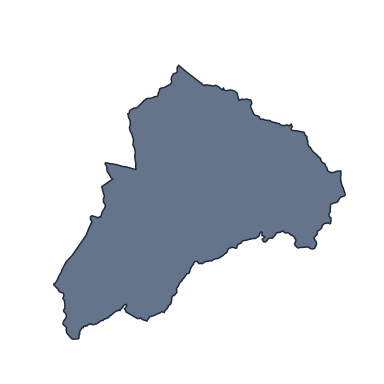 La Mesa, Cundinamarca, Colombia, rotated 171°
{"feature_id": "7082276B41572660322682", "entity_name": "La Mesa", "entity_type": "district", "adm_level": 2, "iso_a3": "COL", "parent_name": "Colombia", "parent_adm1": "Cundinamarca", "projection": "mercator", "projection_center": [-74.467, 4.646], "detail": "fine", "context": "isolated", "style": "filled", "palette": "slate", "viewbox_px": 384, "rotation_deg": 171, "n_neighbors": 0, "source": "geoboundaries", "source_scale": "gbopen_adm2", "svg_char_len": 5944}
<svg xmlns="http://www.w3.org/2000/svg" viewBox="0 0 384 384"><g transform="rotate(171 192 192)"><path d="M336.6,96.3L337.4,95.0L337.4,94.0L336.2,92.3L335.3,90.4L335.5,89.2L335.9,88.0L336.6,86.9L338.2,85.4L339.9,82.7L339.9,81.2L337.0,77.6L337.8,76.0L337.8,72.6L334.8,67.3L333.6,65.8L332.4,65.2L327.3,64.8L326.4,65.5L326.1,68.2L325.1,69.1L325.0,70.0L325.3,70.7L323.4,73.5L322.0,74.6L321.6,75.4L320.6,75.1L320.2,76.0L318.7,76.6L318.3,76.6L318.0,76.1L317.3,76.6L316.4,76.2L316.0,76.7L314.6,77.6L313.6,77.2L313.1,77.6L312.6,77.6L311.5,76.7L310.3,76.4L308.0,76.5L306.3,76.9L303.8,78.1L302.1,79.2L300.0,79.1L298.8,80.0L294.7,80.8L293.8,81.3L292.5,82.6L290.9,83.1L288.6,84.7L285.5,86.2L282.8,86.5L282.8,86.9L282.5,86.9L282.4,86.5L281.5,86.2L281.0,87.7L280.2,87.8L279.6,88.5L278.6,88.7L278.4,89.6L277.6,90.1L276.8,91.0L274.8,91.4L274.3,90.9L274.2,90.0L275.7,88.1L277.1,87.1L276.1,85.7L276.0,84.1L275.7,83.9L275.7,83.7L266.0,75.8L265.5,75.5L264.9,75.6L264.2,75.2L263.1,75.3L262.2,75.6L261.3,74.0L256.8,71.6L253.9,74.7L252.8,75.5L251.5,75.8L249.4,75.7L244.7,77.3L243.2,77.3L240.8,78.4L240.2,78.4L238.3,77.3L237.8,78.2L236.3,79.8L234.9,80.6L233.9,81.7L233.1,83.3L230.3,84.9L228.0,91.6L227.4,92.4L227.1,92.7L225.9,92.5L225.3,92.8L224.1,94.2L223.0,94.7L222.7,95.1L222.5,96.4L222.7,97.5L222.5,97.8L222.3,99.4L220.4,100.9L218.6,104.0L215.9,105.9L215.2,106.9L212.2,109.5L210.2,111.9L207.8,112.2L207.3,112.5L205.6,116.4L204.8,117.1L204.1,118.3L202.9,119.7L202.0,120.3L201.4,121.2L201.1,122.3L199.4,122.8L198.0,122.8L196.3,120.2L195.3,120.0L194.6,120.2L193.3,119.6L192.1,120.0L191.0,120.7L190.2,120.8L189.3,121.2L187.4,121.1L184.8,121.4L183.9,120.8L183.2,120.9L181.3,121.9L179.4,122.3L178.4,122.2L176.1,122.4L171.3,124.4L168.9,126.1L167.8,126.3L167.0,127.0L165.2,130.0L164.0,130.6L163.5,130.5L161.5,131.2L161.0,131.1L159.8,130.7L157.3,129.5L156.7,129.7L156.1,130.9L155.8,132.1L155.1,132.7L153.7,133.5L151.8,133.7L149.8,135.7L148.6,135.9L147.1,135.8L145.1,136.0L142.4,136.4L141.9,136.2L141.2,136.4L138.4,136.5L137.3,136.1L135.8,136.5L134.1,137.5L133.4,137.5L132.6,138.3L131.5,140.3L130.3,141.7L130.0,141.8L129.1,141.0L129.0,140.4L129.8,138.6L129.8,138.2L127.5,136.9L127.3,136.5L127.8,135.7L130.1,134.2L129.2,131.8L128.2,131.3L127.4,131.2L126.7,131.5L125.5,132.3L124.5,133.5L123.0,134.2L121.7,134.3L120.0,133.7L117.2,135.8L114.9,138.5L111.2,138.4L110.6,138.8L109.8,138.7L108.7,139.3L108.2,139.2L106.7,137.2L105.2,136.8L103.7,136.9L102.4,135.8L101.5,134.3L101.0,133.9L100.0,133.7L98.3,131.9L97.0,128.5L97.1,127.5L97.8,125.8L98.5,125.5L98.7,125.1L98.7,123.9L98.5,123.1L96.9,120.9L96.0,120.1L93.2,120.3L91.8,120.0L86.0,119.6L83.7,117.4L81.3,116.8L79.9,117.0L77.4,120.4L77.0,121.7L77.3,123.8L78.6,126.6L78.5,127.9L75.2,130.4L74.0,133.9L71.8,134.5L70.6,135.3L69.1,136.8L68.7,138.5L66.2,140.0L65.2,140.2L62.3,140.1L60.8,139.0L60.0,139.5L59.5,141.0L58.8,144.7L60.3,146.5L60.4,147.4L60.2,148.4L58.4,151.1L58.2,153.2L57.1,157.8L56.7,158.3L54.9,158.5L54.0,159.0L51.5,159.0L49.9,159.4L46.7,163.1L46.0,163.6L42.4,164.2L41.5,164.6L41.1,165.8L41.3,168.0L41.8,170.4L42.0,172.6L42.5,173.5L43.0,176.4L43.2,179.5L43.1,182.2L42.7,184.3L42.2,185.4L42.1,187.1L41.7,189.1L41.8,189.6L45.8,189.9L47.3,189.6L48.4,189.2L50.6,189.2L51.8,189.5L54.8,191.7L55.0,194.7L56.1,197.2L56.1,198.0L56.5,198.9L56.9,199.5L58.5,200.6L59.5,202.3L59.8,204.4L60.2,205.6L61.9,207.3L62.2,208.2L63.5,209.9L65.9,212.5L67.4,215.3L67.9,217.0L68.6,218.1L69.5,218.8L70.0,221.2L70.0,222.8L69.6,224.3L70.4,226.7L69.8,228.6L71.4,230.8L71.7,231.4L71.8,233.0L72.2,233.6L79.9,236.4L82.8,236.9L83.4,237.2L84.3,238.8L84.3,239.3L83.0,240.6L82.8,241.2L83.4,243.5L84.1,243.3L84.7,242.4L85.2,242.2L85.9,242.2L87.1,243.2L88.6,243.5L90.5,242.9L91.4,243.4L93.8,244.2L95.5,246.2L96.7,246.2L98.2,247.4L99.2,247.4L100.7,248.3L102.5,248.9L103.5,250.2L104.1,250.5L108.3,251.5L110.7,252.9L112.9,253.2L113.3,253.6L113.8,255.6L115.4,257.0L118.1,258.1L118.9,259.7L120.9,267.5L120.7,268.0L119.1,270.1L119.2,272.3L119.6,273.7L121.1,274.0L123.2,275.2L125.9,275.2L128.2,275.8L129.1,275.8L131.3,275.1L132.0,282.6L132.3,283.1L134.5,285.2L135.8,286.0L138.4,286.9L140.2,286.7L143.2,286.9L144.2,287.5L144.6,289.7L145.3,289.5L145.9,288.1L146.5,288.3L149.0,291.6L151.9,293.7L154.9,293.3L156.3,294.1L161.2,295.6L162.2,295.7L163.0,295.1L163.7,295.3L164.2,295.9L165.2,296.7L165.4,297.9L167.1,299.2L179.6,312.4L185.3,319.2L186.8,317.8L187.5,316.2L187.6,313.8L188.2,312.6L189.7,311.8L191.1,311.8L192.0,311.5L193.9,308.9L194.6,307.8L194.9,306.8L194.8,304.7L195.1,303.3L196.5,301.9L203.0,299.5L206.6,299.4L207.8,298.9L208.5,296.6L210.0,294.8L210.3,293.2L211.3,292.0L214.1,291.9L217.3,291.0L221.4,291.4L222.5,291.2L225.0,289.9L228.4,287.1L230.2,286.1L232.2,284.3L233.7,283.9L236.5,283.9L238.8,283.1L240.8,282.0L241.2,281.3L241.3,280.4L241.9,279.6L243.2,279.3L242.9,274.9L242.2,273.1L242.0,271.3L242.5,268.0L243.7,265.5L243.7,264.0L243.4,261.5L242.3,258.5L242.2,256.5L241.7,254.5L241.8,252.1L243.0,247.6L242.0,244.5L241.7,239.7L242.8,237.3L243.0,236.1L243.1,228.5L243.7,225.4L243.8,223.2L245.0,223.4L253.2,227.2L256.8,228.2L262.5,230.9L263.8,231.2L265.2,231.9L268.8,232.9L269.8,233.4L272.3,234.3L273.0,234.3L273.4,233.0L272.2,230.6L272.2,229.9L272.6,227.4L272.5,225.5L271.7,223.9L269.7,218.8L268.4,217.2L280.3,211.4L280.5,210.9L280.0,210.2L280.1,207.9L279.7,206.1L279.7,204.5L279.2,202.2L279.4,201.0L280.3,199.6L280.7,198.7L280.5,197.8L281.0,196.8L281.1,196.3L280.8,195.3L280.0,194.0L279.8,193.1L279.8,191.6L280.9,189.7L283.7,186.5L286.1,181.6L287.0,181.9L289.2,181.4L291.8,183.0L294.7,184.2L296.0,183.4L296.3,182.8L296.2,181.7L296.4,181.6L296.5,180.6L295.5,179.0L295.7,178.1L296.5,177.0L296.4,176.5L296.7,176.5L299.8,171.9L303.4,165.8L320.2,148.2L327.2,142.8L333.0,134.9L333.5,133.6L336.7,129.6L339.1,125.8L341.4,123.3L342.7,123.0L342.9,121.6L340.0,117.6L338.4,114.0L335.0,112.2L334.8,111.3L334.7,109.6L336.2,107.3L336.0,106.4L335.1,105.1L335.1,101.2L335.5,98.9L335.6,97.0L335.9,96.6L336.6,96.3Z" fill="#64748b" stroke="#1e293b" stroke-width="1.5"/></g></svg>